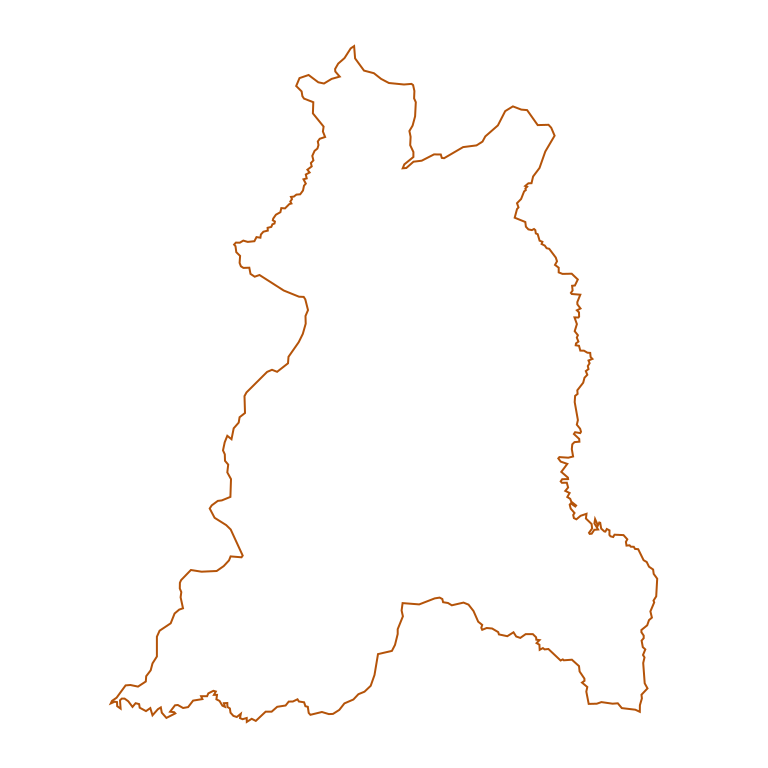 the district of La Palma, Cundinamarca, Colombia
{"feature_id": "7082276B19897165223150", "entity_name": "La Palma", "entity_type": "district", "adm_level": 2, "iso_a3": "COL", "parent_name": "Colombia", "parent_adm1": "Cundinamarca", "projection": "orthographic", "projection_center": [-74.393, 5.347], "detail": "fine", "context": "isolated", "style": "outline", "palette": "amber", "viewbox_px": 768, "rotation_deg": 0, "n_neighbors": 0, "source": "geoboundaries", "source_scale": "gbopen_adm2", "svg_char_len": 6101}
<svg xmlns="http://www.w3.org/2000/svg" viewBox="0 0 768 768"><path d="M554.6,135.7L551.2,127.7L548.5,124.8L537.7,125.1L527.1,110.1L521.3,109.6L512.9,106.4L505.2,111.1L497.9,125.4L485.3,136.4L482.5,141.6L476.5,145.4L463.1,147.1L444.1,158.2L441.8,157.9L440.8,154.5L434.0,154.4L421.7,160.7L413.5,161.7L406.3,168.0L402.7,168.3L404.3,164.4L413.4,157.0L413.4,152.0L410.2,145.2L410.6,136.8L409.4,131.0L412.6,125.6L415.1,116.3L415.8,102.2L414.1,98.4L414.4,91.0L413.1,85.1L411.5,83.9L404.0,84.5L388.9,83.0L381.1,78.9L373.9,73.2L364.0,70.6L355.1,58.4L354.1,46.1L350.7,48.4L344.5,58.1L338.2,63.6L335.1,69.0L335.3,71.5L339.7,76.6L331.6,78.9L324.0,83.5L318.3,82.3L308.6,75.0L299.5,78.1L296.2,86.0L301.6,91.4L302.4,96.2L304.0,98.6L313.3,102.2L312.9,113.4L323.6,126.6L322.9,131.5L325.1,137.0L319.7,138.8L317.8,141.5L318.5,145.0L317.4,148.6L314.6,150.8L312.3,155.9L313.4,160.4L310.9,163.0L311.7,166.4L307.4,169.7L309.6,172.5L305.8,174.5L306.7,178.4L303.5,179.3L305.8,183.6L304.0,185.7L303.0,190.5L300.2,194.3L296.4,194.6L293.8,196.6L291.0,196.9L292.0,199.1L290.3,201.5L291.4,203.5L289.3,204.1L285.0,208.4L281.3,208.1L280.4,212.2L275.9,214.7L273.2,218.6L272.8,220.3L274.9,221.5L274.5,223.5L272.4,224.3L271.3,226.9L267.6,227.8L267.8,230.6L263.4,231.7L260.9,234.5L260.4,237.7L256.5,237.1L254.4,241.2L247.7,241.9L243.3,240.6L239.8,242.7L235.9,242.6L234.1,244.6L235.5,246.2L236.3,252.2L240.1,255.9L239.6,262.9L240.9,266.3L243.4,267.9L249.3,267.7L250.5,273.9L254.7,276.7L259.5,275.0L283.7,290.5L299.0,296.7L303.7,296.9L305.3,299.4L308.0,310.1L305.5,316.0L305.7,323.7L302.8,333.9L298.7,342.2L288.5,356.8L288.0,363.3L277.1,371.8L272.0,369.8L267.1,371.9L246.5,392.4L244.5,396.1L245.0,413.0L239.6,417.2L238.7,422.6L233.7,428.3L231.5,439.2L227.3,435.8L224.7,442.3L223.0,450.4L224.8,454.3L225.0,460.8L228.2,464.6L227.3,472.4L231.0,479.1L230.4,496.9L221.8,500.4L217.8,500.9L211.7,505.4L209.7,508.5L214.6,517.8L226.2,525.1L230.7,529.5L242.7,555.6L241.5,557.3L230.6,556.4L229.0,560.4L223.7,566.1L216.7,571.0L201.5,571.7L190.9,570.0L181.1,580.1L179.9,582.8L179.8,588.5L181.3,592.1L180.6,597.3L183.0,608.3L179.2,609.6L174.6,613.5L170.7,623.3L159.6,630.7L156.9,636.7L156.9,656.5L152.5,663.4L150.7,670.3L146.2,676.2L145.8,681.5L138.0,686.6L130.4,685.0L125.6,685.4L116.6,697.7L112.0,700.9L110.8,703.4L114.7,701.7L117.0,702.1L117.2,706.2L120.6,708.6L120.0,700.3L121.8,698.6L124.6,698.6L128.3,701.3L132.5,706.9L135.6,703.2L139.1,704.1L139.7,707.7L146.0,711.1L150.3,708.1L152.5,715.3L157.9,709.2L160.8,707.4L161.8,712.7L166.4,717.9L175.3,713.4L174.2,712.2L170.1,711.7L175.0,705.3L177.8,705.0L183.1,708.0L188.1,707.1L193.1,700.6L202.4,699.1L201.1,696.2L207.1,696.2L208.3,693.4L213.4,690.8L215.8,691.5L213.9,694.9L217.0,694.9L216.4,699.3L219.5,700.9L222.4,705.7L224.9,706.8L223.9,703.2L227.3,703.0L227.4,706.9L229.9,708.5L230.5,712.7L233.4,715.9L236.8,717.0L240.8,713.8L240.0,718.1L242.6,719.2L246.7,718.0L246.8,721.9L251.7,718.8L255.8,720.9L265.6,711.7L271.6,711.7L277.2,706.8L285.6,705.5L288.7,701.6L292.9,701.5L297.5,699.3L298.9,701.5L304.1,702.3L305.4,706.2L307.8,706.8L308.7,712.9L310.4,714.8L321.9,712.0L328.9,714.1L333.0,713.9L339.3,709.9L344.4,703.4L353.4,699.5L358.4,694.2L364.5,691.7L370.7,685.8L374.5,675.0L378.0,654.1L391.9,650.9L395.0,644.9L397.7,634.0L397.7,629.2L402.9,616.3L401.6,610.5L402.6,603.1L419.2,604.4L434.7,598.4L439.6,597.6L442.3,599.0L443.1,602.2L448.0,603.0L451.8,605.3L463.5,602.6L468.5,604.6L473.5,611.0L478.2,621.7L482.2,624.9L481.3,627.8L482.2,629.8L486.7,628.0L492.1,628.5L498.2,632.1L498.9,634.4L507.3,636.2L513.5,632.3L516.2,636.5L520.3,637.9L525.7,634.1L532.8,634.1L536.1,637.3L536.3,639.7L539.5,640.1L536.6,643.1L539.4,644.7L539.7,649.8L542.9,648.1L544.6,649.4L548.4,649.0L560.6,660.5L562.8,659.4L563.8,660.3L571.9,659.7L579.0,666.1L579.6,671.5L584.4,678.6L584.5,680.8L582.0,682.6L587.3,687.0L586.3,691.6L588.7,703.9L596.8,703.7L601.4,702.1L612.6,703.7L617.8,703.3L621.8,708.1L635.3,709.7L639.8,711.8L639.9,705.2L641.9,698.4L641.5,694.7L647.5,688.4L644.7,683.3L643.2,663.0L644.5,657.4L643.0,655.0L645.3,649.4L642.8,647.1L641.6,640.6L643.7,638.2L643.7,635.6L641.4,632.2L641.4,630.0L647.2,625.3L649.0,620.1L651.9,617.6L650.4,611.4L654.2,602.4L653.5,600.6L656.2,596.4L657.2,578.7L653.7,573.9L653.1,569.5L649.0,566.7L646.7,562.0L643.6,560.2L638.2,549.2L635.0,548.9L633.8,546.8L630.8,546.7L629.6,545.3L626.5,545.6L625.9,541.9L627.3,539.3L623.5,535.1L614.5,534.7L613.2,537.0L610.5,536.3L609.4,534.9L609.5,530.4L606.8,529.0L605.4,531.6L604.4,531.5L601.2,528.6L600.2,522.8L599.3,522.5L597.9,525.4L595.1,519.1L594.4,523.4L598.1,529.5L594.3,529.8L591.7,533.7L589.7,533.9L589.0,532.8L592.1,528.5L591.6,524.0L585.9,518.5L586.5,513.8L580.6,515.8L576.4,519.3L573.9,518.1L573.2,515.0L574.5,513.0L570.7,508.6L569.7,504.7L570.8,503.4L575.3,506.5L576.1,505.5L571.3,501.7L570.2,498.8L567.3,497.0L569.6,493.0L565.3,490.9L568.1,487.5L566.8,482.7L561.9,482.8L560.7,481.4L562.2,479.2L568.1,479.1L567.9,477.6L561.3,471.9L567.3,463.9L560.7,461.6L558.3,458.4L559.4,457.1L568.3,457.7L573.1,456.5L571.8,449.1L572.3,444.3L574.5,442.1L579.4,441.7L579.2,438.9L573.9,434.0L575.1,432.2L580.2,433.1L581.0,431.8L580.1,428.7L576.8,424.7L577.9,420.1L574.7,402.1L575.1,395.9L577.6,393.9L577.3,390.3L583.2,382.7L584.5,377.7L587.3,374.8L585.8,371.1L588.5,369.1L587.8,366.1L589.6,363.2L588.5,360.5L592.4,358.9L590.6,357.0L590.2,352.9L587.4,352.7L584.0,350.7L580.3,350.6L579.0,345.8L575.7,345.3L576.0,343.4L578.4,341.6L576.8,337.6L577.9,335.2L574.7,331.2L576.9,324.1L574.5,317.4L578.4,317.5L579.1,316.6L579.0,312.4L576.9,310.3L580.5,308.5L577.4,304.4L577.3,302.1L580.3,294.7L571.8,294.0L570.9,292.9L572.6,290.5L572.1,285.8L574.9,285.5L577.8,279.5L571.7,273.7L562.5,273.9L558.7,272.4L558.7,267.7L555.0,264.9L557.0,261.3L555.8,257.6L549.2,248.8L546.6,248.2L544.8,245.6L541.6,244.0L542.4,241.8L539.6,240.7L537.7,234.2L535.8,233.4L535.3,230.1L534.0,229.0L531.9,230.1L528.4,229.4L525.9,226.7L525.3,222.0L514.7,217.7L517.0,209.1L518.5,207.4L517.0,203.2L521.1,199.0L524.1,191.4L525.8,190.1L525.4,188.5L527.1,186.8L525.2,186.0L528.4,183.3L531.5,183.2L533.1,176.5L539.5,168.0L545.3,151.5L554.6,135.7Z" fill="none" stroke="#b45309" stroke-width="2"/></svg>